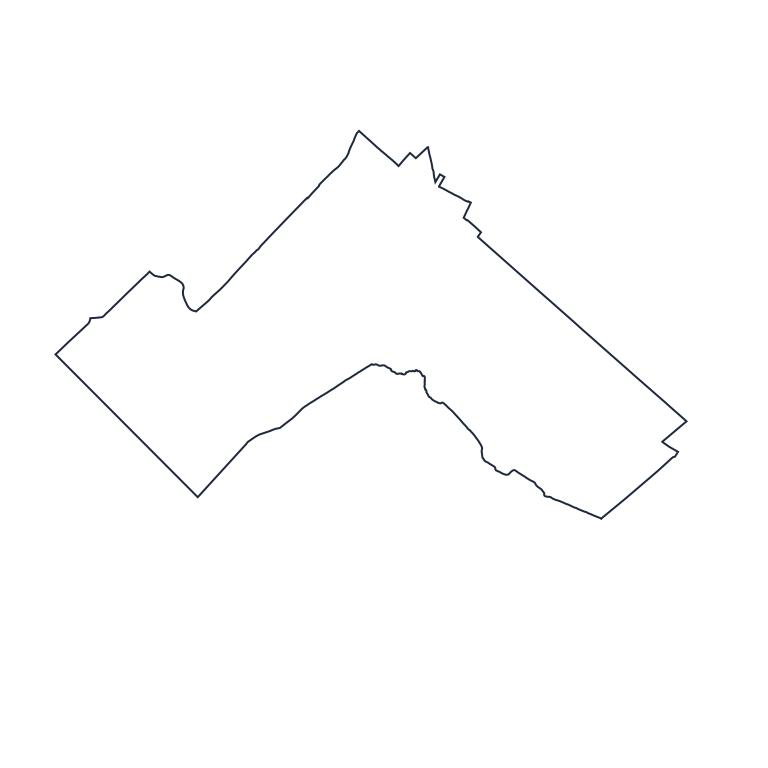 the district of Gradinari, Olt, Romania, rotated 131°
{"feature_id": "2599482B30004072712987", "entity_name": "Gradinari", "entity_type": "district", "adm_level": 2, "iso_a3": "ROU", "parent_name": "Romania", "parent_adm1": "Olt", "projection": "albers", "projection_center": [24.282, 44.569], "detail": "fine", "context": "isolated", "style": "outline", "palette": "slate", "viewbox_px": 768, "rotation_deg": 131, "n_neighbors": 0, "source": "geoboundaries", "source_scale": "gbopen_adm2", "svg_char_len": 6118}
<svg xmlns="http://www.w3.org/2000/svg" viewBox="0 0 768 768"><g transform="rotate(131 384 384)"><path d="M577.2,651.3L591.6,450.3L519.6,448.6L517.3,448.8L515.3,448.3L508.2,446.5L503.9,444.9L493.8,438.9L493.0,438.7L492.4,438.3L491.0,437.6L489.6,436.8L487.7,435.5L486.0,434.1L485.3,433.7L478.0,432.3L474.3,431.5L473.2,431.3L470.8,430.8L467.7,430.4L466.7,430.3L465.8,430.2L456.2,429.6L452.9,428.9L451.6,428.6L450.8,428.1L450.3,428.1L449.2,427.9L446.8,427.2L443.7,426.2L439.3,424.9L437.1,424.2L435.2,423.7L432.0,422.6L430.0,422.0L427.7,421.2L424.0,420.2L422.1,419.6L419.8,418.8L416.0,417.9L409.2,416.0L406.7,415.5L401.6,413.6L399.4,413.0L394.3,411.5L391.8,410.8L389.7,410.1L388.4,409.8L386.1,409.0L384.2,408.5L379.4,406.9L378.7,406.8L377.1,406.2L377.0,405.6L377.0,405.4L376.5,404.7L375.7,403.9L374.8,403.4L374.3,402.8L373.9,401.7L373.6,400.2L373.0,399.2L372.4,398.5L370.7,397.2L369.8,396.1L369.7,395.6L369.5,395.0L369.4,393.4L369.2,392.2L368.7,390.7L368.3,389.0L368.3,388.6L368.3,388.3L368.4,388.1L368.7,388.0L368.9,387.8L369.1,387.3L369.1,386.4L368.8,385.4L368.1,383.7L368.0,383.2L368.2,382.0L368.1,381.5L368.0,381.1L367.7,380.6L366.1,379.4L365.4,378.5L364.9,378.1L364.4,377.5L364.4,377.3L364.7,377.3L364.8,377.1L363.9,375.5L363.2,374.7L362.5,374.5L361.8,374.4L360.7,374.9L359.7,374.1L358.2,373.6L357.7,373.3L356.5,371.8L356.0,371.3L355.2,370.8L354.8,370.4L354.6,369.9L354.6,369.6L354.3,369.1L354.0,368.9L353.5,368.8L353.1,368.8L352.8,369.1L352.4,368.9L352.2,368.7L352.1,368.4L352.2,366.9L352.1,366.7L351.6,366.3L351.1,365.5L351.0,365.2L351.0,364.9L351.1,364.5L351.4,364.2L351.4,363.4L351.5,363.1L352.1,361.7L352.6,360.1L352.6,359.9L352.5,359.7L352.4,359.6L352.0,359.6L351.8,359.4L351.7,359.1L351.7,358.7L351.9,358.1L352.3,357.4L353.1,356.7L353.6,356.5L354.1,356.1L354.6,355.4L355.0,355.0L355.3,355.0L355.9,354.7L356.3,354.1L356.9,353.7L357.4,353.0L357.7,352.8L358.1,352.6L358.7,352.4L359.4,351.7L359.9,351.2L360.3,350.3L360.4,350.0L360.7,349.8L360.8,349.7L360.8,349.4L361.2,349.0L361.2,348.7L361.0,348.1L361.1,347.8L362.3,346.6L362.5,346.1L362.8,345.6L363.0,344.6L363.3,343.9L363.5,343.2L364.1,342.0L364.1,341.0L363.8,340.2L363.8,339.9L363.8,339.0L364.1,337.8L364.1,337.2L363.6,334.1L363.4,333.4L363.0,332.7L362.9,332.5L362.9,331.4L362.8,330.9L361.7,328.9L361.4,328.5L360.5,328.3L359.9,327.9L359.6,327.3L359.4,326.5L359.4,323.2L359.7,319.5L359.7,315.1L360.7,305.8L361.2,301.8L361.8,298.1L362.0,295.3L362.3,293.1L362.7,291.5L362.8,289.8L362.5,288.4L362.8,287.8L363.0,285.1L363.3,283.3L363.6,281.4L364.2,279.2L364.7,276.7L365.2,274.8L365.8,273.1L366.3,271.2L367.4,268.8L367.9,268.0L368.4,267.6L370.6,266.3L372.6,264.1L374.2,262.2L375.1,261.2L375.2,259.8L375.3,259.3L375.7,258.5L375.9,257.6L375.8,256.3L375.4,255.0L375.1,253.8L374.7,250.5L374.4,249.2L374.1,247.1L374.0,246.4L374.1,245.5L374.4,245.0L375.1,244.2L375.4,243.7L375.7,243.0L375.6,242.4L375.1,241.1L374.4,238.6L373.9,236.0L373.5,234.8L372.8,233.1L372.0,231.8L371.6,231.4L370.8,230.9L370.3,230.7L368.3,230.6L367.3,230.6L365.2,230.2L364.2,229.8L363.9,229.6L363.5,229.2L363.2,228.6L363.1,228.0L363.0,226.6L362.9,226.3L362.8,224.7L362.7,224.2L362.7,223.5L362.3,221.7L362.2,220.6L361.5,216.8L361.5,215.7L361.3,214.3L360.7,210.7L360.0,208.0L359.6,206.2L359.6,205.8L359.6,205.2L359.7,204.7L360.2,204.0L360.3,203.6L360.5,202.7L360.7,201.5L360.7,200.5L360.5,199.2L360.5,198.3L360.3,197.0L360.3,195.8L360.9,193.1L361.1,192.1L361.2,191.5L362.6,190.4L363.0,189.7L363.0,189.0L362.9,188.7L362.3,187.4L361.5,186.2L360.8,185.4L360.2,184.2L360.0,183.5L359.8,181.6L359.4,180.1L358.9,178.6L358.5,177.9L357.0,174.3L356.6,173.0L355.8,170.7L355.4,169.0L354.0,165.4L352.4,159.6L352.0,158.7L351.5,157.6L350.7,154.4L350.0,152.5L349.8,151.7L348.7,148.7L347.8,146.9L347.7,146.6L347.7,145.7L347.5,144.8L346.9,143.5L346.6,142.7L346.2,141.2L345.5,139.2L345.4,138.4L344.9,137.3L344.0,134.7L343.7,134.0L343.2,132.5L343.2,131.6L341.9,131.6L340.2,131.3L326.0,128.9L311.5,126.5L270.5,120.4L258.0,118.9L251.4,118.2L249.4,117.8L247.9,116.7L242.3,117.6L244.3,127.7L245.1,135.8L245.0,136.1L213.7,131.2L213.6,138.0L213.5,154.2L213.4,158.3L213.4,167.7L213.4,167.9L213.4,168.1L213.3,200.0L213.2,208.9L213.0,243.8L212.9,252.1L212.8,270.4L212.6,279.6L212.3,316.7L212.3,322.9L211.5,409.6L211.4,409.8L205.9,410.3L205.6,419.2L205.6,428.6L206.2,429.2L206.2,431.3L206.3,432.9L197.7,435.4L197.2,435.4L190.1,437.5L190.8,440.1L191.4,440.2L191.5,440.7L192.4,443.3L192.7,444.9L193.0,447.2L193.7,450.8L194.8,454.4L195.3,456.3L195.6,458.2L196.3,460.8L196.9,463.9L197.1,464.7L197.7,467.5L199.0,471.9L198.6,472.2L188.1,474.2L188.4,475.7L189.1,479.3L197.9,477.7L196.0,480.2L195.6,480.9L195.3,481.4L194.6,482.3L191.2,486.0L190.6,486.9L190.0,488.0L189.7,488.7L187.4,491.3L185.6,493.7L182.8,497.5L181.8,499.1L178.7,503.2L176.4,506.1L177.0,506.5L192.7,508.1L192.6,515.9L201.5,516.1L210.0,516.0L209.7,519.6L209.6,524.7L209.7,529.6L209.8,531.0L209.7,533.0L209.8,535.1L209.8,537.4L209.9,539.3L209.8,541.7L209.9,545.2L209.8,546.7L209.8,547.2L209.4,568.9L212.6,569.0L216.8,567.8L220.7,566.3L225.6,565.0L230.1,563.6L231.7,562.9L233.2,562.2L235.0,561.8L237.4,561.2L239.5,561.1L241.2,561.3L244.4,561.1L248.3,561.0L250.2,561.0L252.0,561.3L255.5,562.0L261.1,562.6L264.0,562.7L269.3,563.2L275.7,563.6L276.4,563.5L277.0,563.0L287.5,563.4L293.8,563.4L293.8,564.1L297.5,564.4L323.0,565.8L342.5,566.8L361.0,567.6L362.4,567.5L362.9,567.4L364.2,567.3L365.1,567.3L366.3,567.8L369.2,567.9L373.4,568.4L382.4,568.5L392.5,568.9L402.5,569.1L409.2,569.0L420.6,569.7L427.4,570.6L431.0,571.0L435.7,571.0L452.5,573.4L453.8,576.0L454.4,577.8L454.6,579.8L454.4,581.5L453.8,583.8L452.0,587.9L450.6,590.8L448.7,593.9L447.1,595.6L445.3,597.0L443.0,598.1L441.7,599.5L441.3,600.5L440.6,601.7L440.5,603.7L440.7,606.5L441.2,609.0L441.6,611.2L441.8,612.9L442.4,617.3L443.3,618.6L444.3,619.2L446.6,620.1L448.0,620.9L448.9,621.5L449.6,622.5L451.6,625.9L452.7,628.0L452.9,629.4L453.0,632.1L453.0,634.7L456.2,634.8L465.0,635.8L470.3,636.2L485.8,637.6L508.3,639.4L513.8,640.0L515.8,640.0L517.9,640.4L519.0,641.0L524.6,646.3L526.9,648.8L528.5,647.9L530.4,647.1L532.2,646.8L534.4,647.0L559.7,649.7L577.2,651.3Z" fill="none" stroke="#1e293b" stroke-width="2"/></g></svg>